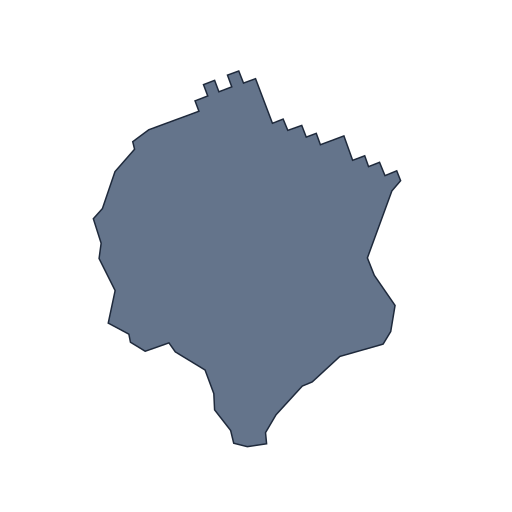 Pierce, Georgia, United States of America, rotated 69°
{"feature_id": "52423323B19551708928957", "entity_name": "Pierce", "entity_type": "district", "adm_level": 2, "iso_a3": "USA", "parent_name": "United States of America", "parent_adm1": "Georgia", "projection": "orthographic", "projection_center": [-82.235, 31.366], "detail": "fine", "context": "isolated", "style": "filled", "palette": "slate", "viewbox_px": 512, "rotation_deg": 69, "n_neighbors": 0, "source": "geoboundaries", "source_scale": "gbopen_adm2", "svg_char_len": 877}
<svg xmlns="http://www.w3.org/2000/svg" viewBox="0 0 512 512"><g transform="rotate(69 256 256)"><path d="M188.6,396.0L202.1,403.4L237.8,399.9L265.7,418.0L283.4,402.7L291.5,404.1L305.2,393.6L305.9,368.4L316.6,365.7L344.2,344.4L369.4,344.7L384.8,349.8L409.8,342.2L422.8,343.9L430.9,332.4L435.1,313.4L424.3,310.4L411.4,294.2L394.0,259.4L393.7,248.6L379.8,213.7L383.8,168.9L374.8,157.3L352.0,143.9L316.4,152.5L297.7,152.7L243.9,105.8L237.5,94.0L226.9,94.1L227.2,106.8L212.8,107.1L212.9,118.9L201.4,118.6L201.3,131.5L175.4,130.9L175.2,156.0L163.1,155.8L163.0,166.5L150.5,166.5L150.1,181.3L137.9,181.6L138.0,193.1L90.3,192.9L90.1,205.7L77.1,205.8L76.9,217.8L89.4,218.0L89.4,231.8L77.2,231.7L77.2,243.6L89.3,243.7L89.3,257.3L100.4,257.4L99.7,310.8L105.1,330.1L112.8,331.1L126.7,357.4L156.7,382.4L162.9,394.5L188.6,396.0Z" fill="#64748b" stroke="#1e293b" stroke-width="1.5"/></g></svg>